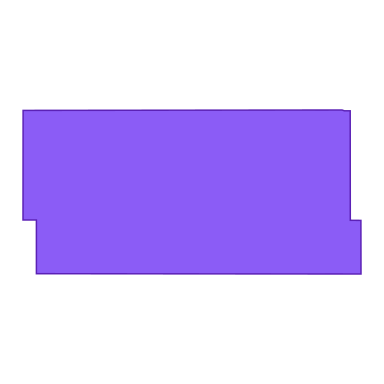 Eddy, North Dakota, United States of America
{"feature_id": "52423323B20862519958454", "entity_name": "Eddy", "entity_type": "district", "adm_level": 2, "iso_a3": "USA", "parent_name": "United States of America", "parent_adm1": "North Dakota", "projection": "mercator", "projection_center": [-98.866, 47.717], "detail": "fine", "context": "isolated", "style": "filled", "palette": "violet", "viewbox_px": 384, "rotation_deg": 0, "n_neighbors": 0, "source": "geoboundaries", "source_scale": "gbopen_adm2", "svg_char_len": 259}
<svg xmlns="http://www.w3.org/2000/svg" viewBox="0 0 384 384"><path d="M36.4,273.7L361.0,274.0L360.9,220.4L350.3,220.3L350.2,110.8L344.4,110.8L342.0,110.0L23.1,110.4L23.0,220.0L36.4,220.0L36.4,273.7Z" fill="#8b5cf6" stroke="#5b21b6" stroke-width="1.5"/></svg>